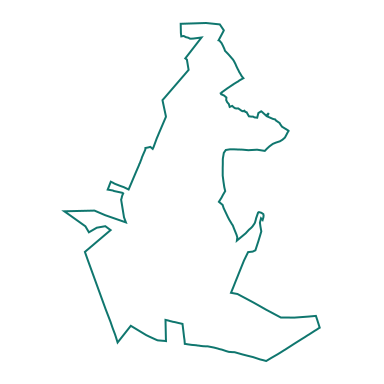 outline of San Andrés Duraznal, Chiapas, Mexico
{"feature_id": "50627088B44734677505750", "entity_name": "San Andrés Duraznal", "entity_type": "district", "adm_level": 2, "iso_a3": "MEX", "parent_name": "Mexico", "parent_adm1": "Chiapas", "projection": "equal_earth", "projection_center": [-92.796, 17.162], "detail": "fine", "context": "isolated", "style": "outline", "palette": "teal", "viewbox_px": 384, "rotation_deg": 0, "n_neighbors": 0, "source": "geoboundaries", "source_scale": "gbopen_adm2", "svg_char_len": 4268}
<svg xmlns="http://www.w3.org/2000/svg" viewBox="0 0 384 384"><path d="M253.0,116.6L251.3,116.6L248.9,116.3L246.6,112.2L245.4,112.0L244.4,110.7L243.0,111.3L241.6,110.8L239.8,109.5L238.2,108.4L236.4,108.5L235.0,108.2L233.8,107.4L232.2,105.9L229.7,106.9L228.8,104.0L227.2,102.2L226.2,100.1L226.4,97.5L223.9,95.4L221.2,94.3L220.7,93.3L221.8,92.6L221.8,92.3L222.7,91.7L227.4,88.3L233.8,84.0L236.9,82.1L238.2,81.4L239.3,80.5L243.4,78.2L242.2,76.8L241.6,76.0L240.0,73.2L239.2,72.0L238.5,70.4L237.7,69.0L237.2,67.9L236.5,66.5L235.4,63.9L233.9,61.0L233.0,59.6L228.3,54.2L225.0,50.8L224.4,49.0L222.8,45.5L221.5,43.0L219.6,40.8L219.0,40.4L218.6,40.3L223.4,31.3L223.8,30.3L219.8,24.4L206.0,23.0L180.7,23.8L180.9,33.1L181.3,36.4L183.4,36.0L184.4,36.3L185.7,37.1L188.2,37.7L190.1,38.7L193.0,38.6L201.5,37.5L185.3,58.4L186.9,59.6L188.6,69.9L164.3,98.1L162.5,100.1L162.5,100.3L163.3,104.1L165.9,116.3L165.9,116.9L158.8,133.5L157.7,136.2L157.2,137.3L156.7,138.5L154.0,145.9L153.4,147.5L152.7,148.9L150.3,146.9L148.4,147.4L145.4,148.0L145.4,149.0L145.1,150.1L143.2,154.4L142.4,156.3L141.9,157.4L141.8,157.8L141.6,158.6L140.6,161.1L139.9,163.1L139.4,163.9L139.0,165.1L138.4,166.5L138.1,167.2L137.3,169.0L137.1,169.5L137.0,169.8L136.7,170.4L128.6,189.5L125.3,187.9L123.7,187.1L122.5,186.7L120.5,186.0L115.1,183.9L113.9,183.3L113.3,182.9L110.8,181.7L110.2,183.2L109.6,184.7L109.2,185.8L109.1,186.1L107.7,189.6L112.9,190.5L113.9,191.0L122.3,192.8L122.8,193.1L123.2,193.4L122.6,194.7L122.1,196.0L122.0,196.4L121.9,196.6L121.7,197.8L121.4,198.8L121.3,199.1L121.1,199.7L121.2,200.1L124.0,217.3L125.9,222.4L105.2,215.2L94.5,210.6L81.0,210.9L64.3,211.3L69.3,214.8L85.4,226.3L88.9,232.3L96.8,227.7L105.3,226.2L110.6,230.1L84.9,251.9L87.7,259.8L105.6,309.1L110.5,321.8L112.2,326.8L113.1,329.3L115.0,334.3L115.9,337.0L117.6,342.5L130.8,325.8L140.9,331.9L146.2,335.1L149.5,336.7L155.4,339.4L157.5,340.3L158.3,340.4L160.7,340.6L164.5,340.9L166.0,341.1L165.9,338.8L165.5,319.9L168.6,320.6L169.5,320.9L170.2,321.1L171.5,321.4L172.9,321.8L174.3,322.0L175.7,322.3L178.5,323.0L179.9,323.3L182.5,323.9L182.9,327.2L183.3,330.5L183.8,334.8L184.0,336.6L184.5,340.1L184.8,343.9L185.9,344.0L187.6,344.3L191.8,344.9L194.4,345.1L196.6,345.3L196.8,345.4L198.4,345.6L198.9,345.6L199.5,345.7L199.8,345.8L203.0,346.2L205.0,346.3L207.5,346.3L214.2,347.6L214.4,347.7L214.9,347.8L215.7,348.0L216.8,348.3L217.6,348.5L218.3,348.7L219.1,349.0L220.4,349.3L221.8,349.6L226.2,351.1L228.6,351.8L229.1,351.9L231.0,352.0L231.8,352.1L234.6,352.2L242.3,354.4L247.0,355.6L253.1,357.1L260.0,359.4L263.3,360.2L266.2,361.0L271.5,357.8L277.6,354.3L278.9,353.5L279.9,352.9L284.0,350.3L285.2,349.6L287.2,348.3L291.4,345.6L293.7,344.1L296.4,342.4L301.8,339.0L303.6,337.9L304.9,337.1L306.4,336.1L307.8,335.2L309.0,334.5L310.4,333.6L312.1,332.5L313.5,331.6L314.7,330.8L316.1,330.0L317.5,329.1L318.6,328.3L319.7,327.7L317.2,319.8L315.9,315.9L308.2,316.6L294.5,317.6L280.8,317.5L275.7,314.8L266.3,309.8L253.6,302.6L241.4,296.1L237.5,294.0L231.0,292.8L233.5,286.7L235.5,281.6L237.9,275.7L238.8,273.4L244.0,260.5L248.1,252.1L252.7,251.6L255.4,250.3L258.5,240.8L258.7,240.1L259.8,236.5L260.1,235.5L261.3,231.4L260.4,226.3L259.9,222.7L261.0,218.3L262.6,220.0L263.4,217.3L263.6,215.5L263.3,214.1L261.4,212.8L258.9,212.1L258.1,212.6L256.1,218.3L255.8,219.7L255.2,221.8L255.1,222.1L254.9,222.8L254.2,224.0L253.2,225.4L252.6,226.3L251.7,227.3L250.9,228.1L249.0,229.7L245.7,233.3L236.9,240.6L237.3,237.5L237.3,237.4L236.7,235.3L236.6,235.0L236.5,234.7L233.9,228.3L232.8,225.4L231.8,224.0L231.0,222.6L229.3,219.8L227.9,217.1L223.6,208.0L222.6,204.9L222.1,204.5L218.9,201.8L221.5,197.7L222.9,195.0L224.3,192.6L225.2,191.1L224.3,187.2L224.1,185.9L223.5,181.9L222.7,175.6L222.7,171.7L222.7,168.5L222.7,167.9L222.8,164.0L222.8,159.5L222.9,158.3L223.7,153.6L223.8,152.9L225.8,150.0L230.1,149.3L231.9,149.3L236.1,149.4L237.4,149.5L241.4,149.6L243.1,149.7L248.3,150.2L257.1,149.7L264.8,150.9L266.9,148.7L269.4,146.4L272.8,143.9L275.9,142.6L279.9,141.3L282.5,139.7L284.9,137.6L286.2,135.2L287.7,132.3L288.6,130.9L288.2,130.5L282.0,126.7L280.3,124.3L279.6,123.0L275.8,120.4L275.3,119.5L272.9,118.9L267.2,116.4L268.7,113.1L266.2,115.7L261.8,111.7L261.2,111.3L258.4,113.0L257.2,117.7L254.5,117.4L253.0,116.6Z" fill="none" stroke="#0f766e" stroke-width="2"/></svg>